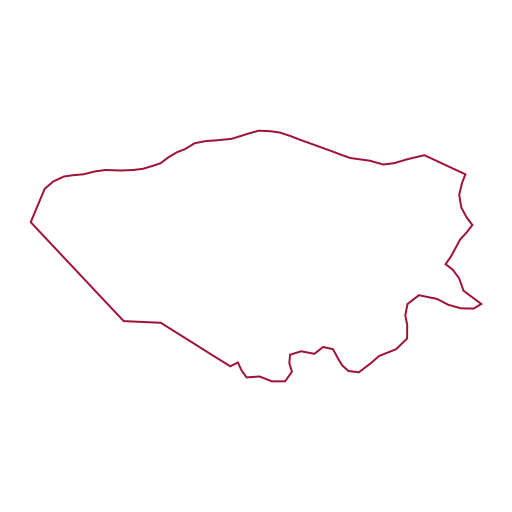 outline of Marcação, Paraíba, Brazil
{"feature_id": "56859067B50699836621032", "entity_name": "Marcação", "entity_type": "district", "adm_level": 2, "iso_a3": "BRA", "parent_name": "Brazil", "parent_adm1": "Paraíba", "projection": "albers", "projection_center": [-34.992, -6.751], "detail": "fine", "context": "isolated", "style": "outline", "palette": "rose", "viewbox_px": 512, "rotation_deg": 0, "n_neighbors": 0, "source": "geoboundaries", "source_scale": "gbopen_adm2", "svg_char_len": 1200}
<svg xmlns="http://www.w3.org/2000/svg" viewBox="0 0 512 512"><path d="M206.2,141.0L194.7,143.2L184.9,149.2L177.0,152.2L168.4,157.3L160.5,163.3L151.9,166.1L143.0,168.8L133.2,170.0L121.0,170.5L105.7,170.0L95.6,171.3L83.4,174.3L74.0,175.1L63.9,176.5L53.2,181.5L44.7,188.8L30.7,222.2L108.8,305.3L123.7,321.1L160.8,322.8L220.1,360.0L230.3,366.3L237.9,362.5L241.4,370.1L246.5,377.4L259.6,376.5L271.9,381.3L285.1,381.3L291.9,371.8L289.3,363.0L290.1,354.7L301.2,351.3L314.4,353.8L323.1,347.0L333.0,349.2L338.3,359.0L342.3,365.5L348.5,371.0L358.8,372.3L370.7,363.3L379.1,356.0L396.1,349.2L407.1,338.5L407.2,324.9L405.3,315.4L407.5,304.0L418.9,295.2L437.2,299.0L448.3,304.8L460.8,308.3L473.5,308.6L481.3,304.0L463.5,290.7L459.2,278.4L452.9,269.9L445.6,264.2L450.7,256.8L455.7,247.8L460.0,239.6L466.4,232.7L472.4,225.0L466.4,217.0L461.3,207.5L459.2,194.7L462.1,182.8L465.4,174.3L435.1,160.2L424.3,155.2L407.2,159.3L394.0,163.2L383.2,164.5L369.8,160.7L359.6,159.3L350.2,158.0L341.8,155.0L331.7,151.2L320.1,147.0L309.1,143.0L298.5,139.2L290.1,135.9L280.0,132.6L270.3,131.2L258.7,130.7L249.0,133.4L240.1,136.2L231.3,138.9L222.7,139.7L214.6,140.5L206.2,141.0Z" fill="none" stroke="#9f1239" stroke-width="2"/></svg>